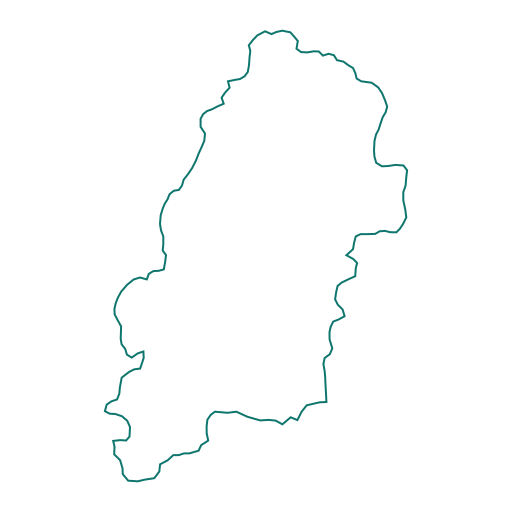 outline of Guaranésia, Minas Gerais, Brazil
{"feature_id": "56859067B62270278067263", "entity_name": "Guaranésia", "entity_type": "district", "adm_level": 2, "iso_a3": "BRA", "parent_name": "Brazil", "parent_adm1": "Minas Gerais", "projection": "albers", "projection_center": [-46.812, -21.278], "detail": "fine", "context": "isolated", "style": "outline", "palette": "teal", "viewbox_px": 512, "rotation_deg": 0, "n_neighbors": 0, "source": "geoboundaries", "source_scale": "gbopen_adm2", "svg_char_len": 2620}
<svg xmlns="http://www.w3.org/2000/svg" viewBox="0 0 512 512"><path d="M128.2,480.7L137.8,481.3L144.5,479.7L154.3,478.2L159.3,471.5L160.1,464.3L167.8,460.2L173.3,455.1L178.9,455.1L183.9,453.4L189.3,453.4L198.6,450.7L201.2,445.1L208.2,440.6L206.7,433.4L206.6,426.5L207.4,419.7L210.7,414.9L214.9,411.7L227.5,412.8L236.4,411.7L247.5,416.8L260.2,420.4L268.7,419.9L275.6,420.6L282.4,424.3L290.7,417.3L297.4,420.1L301.6,411.7L306.7,405.3L319.7,402.3L326.4,402.0L325.9,391.3L325.4,383.1L325.2,377.3L324.6,370.7L323.4,364.2L324.6,358.1L329.8,354.2L332.3,348.4L329.6,339.5L329.5,332.2L330.6,327.0L333.2,321.6L338.6,319.5L344.6,316.2L342.6,309.5L337.8,304.7L335.1,299.4L336.1,292.5L337.6,285.9L341.8,282.5L348.2,279.4L355.2,276.2L355.8,268.1L357.1,263.0L353.4,259.1L346.4,255.2L353.0,249.2L354.2,242.3L355.8,236.4L360.7,234.1L368.7,234.1L375.2,233.9L379.6,231.3L385.0,230.9L390.2,232.2L396.4,232.3L400.0,228.6L402.9,224.2L406.3,217.5L405.3,209.7L403.3,200.3L403.3,192.2L405.6,185.5L406.3,176.9L407.1,170.3L403.5,165.5L395.4,164.9L388.2,166.0L382.0,166.3L376.2,162.8L374.4,156.4L374.0,150.2L374.5,140.8L376.0,134.6L378.6,129.6L380.4,123.9L382.7,117.2L385.6,112.4L387.2,106.6L385.0,100.2L382.0,93.0L378.2,87.4L371.6,82.7L361.2,81.3L356.6,78.5L355.4,73.3L353.0,68.0L348.6,65.4L343.4,61.6L337.0,60.2L333.9,55.2L328.6,53.8L322.9,55.6L318.8,51.5L313.6,51.3L307.4,52.4L301.1,52.1L296.5,48.7L297.8,41.0L294.2,36.6L290.3,32.3L282.3,30.7L276.3,32.0L271.5,34.1L265.1,31.3L257.3,35.4L253.0,39.9L248.8,45.3L250.3,50.8L249.5,57.7L249.0,65.2L247.8,71.9L244.6,76.3L240.0,79.0L234.8,79.9L228.0,81.3L229.6,87.7L225.0,92.7L221.6,97.7L223.7,103.7L217.1,106.6L212.0,109.3L207.1,111.0L203.2,114.1L200.6,118.8L200.6,126.8L205.0,133.5L204.3,140.8L201.6,147.1L198.8,153.2L195.7,161.1L192.1,168.1L187.9,174.3L183.7,179.6L182.0,185.5L178.9,189.9L173.7,190.8L169.6,194.2L167.5,199.4L164.8,203.6L162.7,208.6L160.7,215.3L160.0,223.9L161.0,230.3L163.3,236.4L163.3,244.2L162.7,250.6L166.0,255.0L165.2,261.6L163.8,269.4L158.7,270.8L153.3,271.1L148.8,273.9L146.8,279.4L140.0,277.5L133.6,279.5L127.1,284.8L121.2,291.6L117.9,297.6L115.7,303.3L114.4,309.0L114.7,314.5L117.8,320.4L121.1,326.4L120.9,333.3L120.7,338.7L121.6,344.3L125.2,348.9L126.9,354.6L131.7,357.6L137.7,353.4L143.4,351.5L143.7,357.9L141.9,363.4L140.1,368.6L134.3,369.3L129.0,372.0L121.7,377.6L119.9,387.3L119.3,393.8L117.0,399.5L111.5,401.3L106.7,404.6L104.9,411.2L109.8,413.7L115.3,414.0L121.9,416.2L127.2,420.7L130.0,427.0L129.5,436.6L126.1,440.5L120.4,440.1L113.2,440.9L114.5,446.5L114.2,454.3L120.1,460.2L122.5,468.2L122.8,474.2L128.2,480.7Z" fill="none" stroke="#0f766e" stroke-width="2"/></svg>